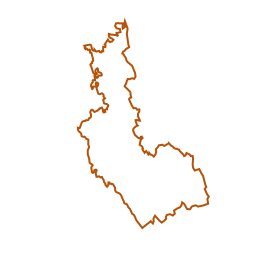 SVG path tracing the border of North Kazakhstan, rotated 247°
{"feature_id": "KAZ-3204", "entity_name": "North Kazakhstan", "entity_type": "Region", "adm_level": 1, "iso_a3": "KAZ", "parent_name": "Kazakhstan", "parent_adm1": "", "projection": "equal_earth", "projection_center": [70.634, 53.821], "detail": "fine", "context": "isolated", "style": "outline", "palette": "amber", "viewbox_px": 256, "rotation_deg": 247, "n_neighbors": 0, "source": "natural_earth", "source_scale": "10m", "svg_char_len": 5869}
<svg xmlns="http://www.w3.org/2000/svg" viewBox="0 0 256 256"><g transform="rotate(247 128 128)"><path d="M101.4,77.6L105.9,78.7L106.5,79.3L106.9,80.3L107.4,80.9L108.4,80.7L110.5,79.2L111.1,79.1L114.6,80.2L119.5,80.7L122.6,82.0L123.3,82.4L125.3,84.4L126.0,84.8L128.0,84.9L128.9,85.2L132.4,86.8L132.8,86.9L133.2,86.6L134.0,85.6L134.5,85.3L136.7,84.8L137.0,84.6L137.1,83.9L137.4,83.4L138.4,82.2L138.9,82.1L140.8,82.7L141.4,82.7L142.5,82.3L143.0,82.0L144.0,81.4L145.3,81.3L146.7,81.5L147.8,81.9L147.0,82.8L146.8,83.3L147.1,83.8L151.2,87.7L151.7,88.5L151.6,90.3L151.2,91.7L151.6,92.5L151.1,93.3L150.9,93.8L150.9,94.3L151.1,94.8L152.0,95.6L152.2,96.0L152.1,96.8L152.4,97.8L153.4,98.6L154.7,99.1L155.7,99.3L156.7,99.3L157.3,99.4L157.7,99.7L158.6,100.7L158.8,101.3L158.9,102.0L158.5,102.4L158.0,102.7L156.7,102.9L155.9,103.5L155.8,104.3L156.0,106.5L155.9,106.9L155.9,107.0L156.4,107.5L156.5,107.8L156.4,108.9L156.5,109.1L157.1,109.3L157.1,111.9L155.2,112.1L153.3,111.5L152.4,111.5L151.8,111.7L151.6,112.3L151.7,113.4L153.3,113.5L153.6,113.6L153.7,114.1L153.7,114.9L153.6,115.6L153.4,116.0L154.4,116.4L154.7,116.7L155.9,118.3L156.3,118.6L156.9,118.7L157.8,118.2L158.5,117.6L159.7,115.9L160.3,115.6L161.0,115.7L161.8,115.9L162.6,116.1L163.4,116.1L163.6,116.2L164.0,116.9L164.2,118.4L164.8,118.3L166.0,117.9L166.6,117.8L167.7,118.4L168.5,118.4L170.0,117.7L170.2,117.3L170.1,115.9L170.2,115.3L170.4,114.7L170.8,114.3L171.3,114.1L176.2,114.5L176.8,114.6L177.3,114.8L177.7,115.1L179.2,117.2L179.8,117.7L180.5,117.9L181.2,117.8L181.7,117.6L182.0,117.1L182.0,116.2L181.5,115.7L180.0,115.4L179.4,115.2L178.9,114.9L178.9,114.3L179.0,113.7L179.8,112.1L179.6,111.9L178.2,111.1L177.9,110.8L177.8,110.3L178.3,110.1L181.0,110.4L181.8,110.7L182.8,111.5L183.5,112.4L183.9,113.3L184.2,113.7L185.3,113.9L185.7,114.5L185.6,114.9L184.7,116.3L189.3,117.6L189.3,117.8L189.0,118.4L188.6,118.5L187.9,118.4L187.5,119.0L186.5,118.8L186.3,118.9L186.2,119.3L186.4,120.0L186.9,120.5L187.4,120.9L187.8,121.3L187.5,122.1L186.7,123.8L186.7,124.3L187.2,124.7L188.0,124.8L188.8,124.8L189.3,124.5L190.3,123.6L190.9,122.7L191.3,122.5L191.6,122.6L194.2,123.4L194.9,123.1L194.7,122.1L194.2,121.1L193.7,120.5L193.1,120.1L192.2,120.1L190.0,120.5L189.9,120.2L190.0,119.7L190.5,118.7L191.6,117.8L192.9,117.6L199.4,118.2L200.8,118.0L201.2,118.2L201.5,118.6L201.6,119.1L201.7,120.3L202.9,120.8L203.2,121.2L203.4,122.1L203.9,122.5L211.4,123.7L211.7,123.7L211.8,123.4L212.0,122.7L213.2,122.7L214.1,123.5L214.4,123.5L215.0,123.4L215.3,123.2L215.4,122.8L215.3,122.1L215.5,121.5L217.0,121.2L217.4,120.7L217.3,120.4L217.0,119.8L217.3,119.6L218.6,119.4L219.0,119.5L219.2,120.2L219.4,120.3L220.8,120.0L219.8,124.9L219.5,125.7L219.0,126.2L218.3,126.3L214.5,125.7L213.8,125.8L213.2,126.0L212.7,126.5L212.2,127.2L213.4,127.8L211.1,128.4L210.7,128.8L210.2,131.6L209.1,131.8L208.6,132.0L208.3,132.4L208.0,133.0L208.2,133.4L209.0,134.1L208.3,135.2L212.4,136.8L211.3,138.7L213.0,139.7L213.3,139.6L213.9,139.1L217.2,144.0L215.6,144.2L214.1,145.0L214.0,147.4L215.0,149.1L216.7,148.1L218.1,146.8L219.2,146.2L219.9,146.7L220.6,146.5L222.1,147.1L220.5,149.1L219.5,151.1L217.4,154.1L216.5,155.1L218.9,154.2L220.1,154.6L219.6,155.9L219.2,158.6L222.3,159.2L224.1,156.5L227.0,156.0L229.0,157.8L228.3,160.2L227.5,161.1L227.0,162.7L226.0,164.7L225.2,163.5L222.4,162.2L221.6,162.1L222.3,164.7L225.8,165.6L227.6,166.9L219.7,166.5L215.1,163.7L204.5,160.9L202.0,160.7L201.4,156.9L200.3,155.0L200.2,153.4L198.8,151.9L198.0,152.6L196.6,152.7L193.5,153.4L190.8,153.0L188.8,153.4L183.7,156.1L175.7,156.0L172.3,155.0L170.8,152.8L172.2,151.2L172.4,148.1L173.2,147.0L172.1,145.6L169.5,143.5L167.7,141.2L161.6,143.7L160.3,144.1L158.8,143.9L158.0,143.4L154.8,142.9L154.8,141.1L154.6,140.7L153.9,140.2L147.5,140.3L144.1,140.8L143.2,143.0L141.3,143.5L140.7,145.7L138.9,144.9L137.4,143.0L134.9,141.7L131.6,141.9L130.1,141.8L130.9,140.4L131.9,139.3L132.3,138.1L131.3,137.7L128.7,137.6L127.4,137.4L126.5,137.9L126.4,135.8L125.5,133.2L124.7,132.3L123.2,131.6L118.9,131.7L114.8,133.6L113.9,134.6L113.6,135.4L114.9,136.3L114.6,137.4L113.1,137.5L112.3,135.1L111.4,134.7L110.4,133.8L108.0,132.2L106.8,133.0L105.2,133.8L103.2,133.7L103.1,133.1L102.2,132.9L100.6,133.2L99.8,133.6L98.7,133.6L99.3,135.1L99.6,135.7L98.2,136.0L95.5,136.4L95.8,137.6L96.5,137.9L94.8,138.4L93.4,139.8L91.6,140.6L93.2,143.2L95.0,144.6L97.6,145.5L98.7,147.9L100.0,149.7L99.2,153.1L97.3,154.4L97.9,159.3L98.2,159.6L95.1,160.7L93.3,162.0L91.1,162.8L90.1,164.1L89.8,164.9L88.9,165.5L88.1,166.6L87.0,166.5L81.8,168.6L80.2,168.7L80.3,170.2L82.1,172.1L79.5,174.4L77.5,174.8L77.6,175.7L77.0,176.6L74.6,176.0L68.8,173.1L65.6,172.4L62.8,172.8L62.4,177.5L57.2,177.9L54.6,178.4L46.2,177.1L43.1,177.0L41.9,174.8L36.0,174.9L33.4,175.6L31.6,173.3L27.0,172.2L27.3,166.8L28.3,161.8L30.3,160.2L30.7,157.8L30.8,156.3L30.1,154.8L29.3,154.1L29.0,152.9L30.5,150.7L36.0,150.1L38.4,148.8L36.1,147.1L34.7,145.1L34.7,141.8L34.0,138.1L30.8,137.6L29.9,135.0L32.2,133.1L32.8,129.8L31.1,127.9L29.5,127.7L28.3,124.7L27.8,122.0L30.5,120.7L36.7,118.6L34.8,116.1L31.9,115.1L30.4,113.6L33.3,112.6L30.4,102.1L39.1,99.8L40.7,99.6L43.9,99.7L45.4,99.5L46.0,99.3L47.0,98.6L47.5,98.3L52.4,98.2L53.1,98.0L54.6,97.4L55.4,97.3L57.3,97.3L58.3,97.1L58.9,96.7L59.4,95.9L60.0,95.4L60.7,95.2L62.4,95.5L64.0,95.3L68.5,95.4L70.3,95.0L71.8,94.0L73.3,92.4L74.1,92.0L75.0,91.8L75.7,91.9L78.1,92.7L82.0,92.3L82.4,91.9L82.6,91.1L83.2,91.0L83.4,90.7L83.7,89.7L84.2,89.5L84.9,89.5L85.5,89.3L85.6,88.7L83.6,87.8L82.7,87.1L83.1,86.2L82.4,85.7L84.0,85.1L84.5,85.0L85.6,85.4L86.1,85.3L87.3,84.9L87.9,84.9L89.8,85.3L91.5,84.9L93.0,84.9L93.3,84.6L93.3,84.3L93.2,83.5L93.6,83.1L94.8,82.5L95.0,82.1L95.0,80.9L95.4,79.9L96.0,80.1L98.4,80.4L99.0,80.6L99.5,80.9L100.9,82.4L101.4,82.6L102.1,82.4L102.3,82.0L102.4,81.5L102.2,80.3L101.1,79.9L100.8,79.6L100.4,78.3L100.4,78.1L100.6,77.8L101.0,77.7L101.4,77.6Z" fill="none" stroke="#b45309" stroke-width="2"/></g></svg>